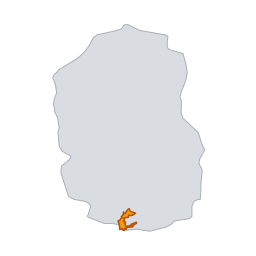 Debar, Debar, North Macedonia shown in context, rotated 278°
{"feature_id": "65306769B94389460478239", "entity_name": "Debar", "entity_type": "district", "adm_level": 2, "iso_a3": "MKD", "parent_name": "North Macedonia", "parent_adm1": "Debar", "projection": "orthographic", "projection_center": [20.543, 41.495], "detail": "fine", "context": "in_parent", "style": "filled", "palette": "amber", "viewbox_px": 256, "rotation_deg": 278, "n_neighbors": 0, "source": "geoboundaries", "source_scale": "gbopen_adm2", "svg_char_len": 2908}
<svg xmlns="http://www.w3.org/2000/svg" viewBox="0 0 256 256"><g transform="rotate(278 128 128)"><path d="M114.2,59.2L118.6,59.8L128.2,56.9L134.1,53.0L137.1,52.4L141.2,50.9L147.0,51.0L152.9,52.5L160.4,50.2L167.7,46.5L170.7,47.4L173.9,50.3L176.0,51.1L188.6,66.8L195.5,73.1L203.5,77.8L212.7,81.2L216.0,84.5L222.2,101.3L225.2,107.7L229.1,109.5L230.1,111.3L230.3,113.8L226.3,125.8L225.3,152.6L224.3,154.8L219.7,154.8L213.6,155.5L211.4,157.7L209.3,172.1L199.6,176.4L190.8,179.0L183.3,178.6L170.1,175.5L165.8,175.2L162.1,177.2L150.4,178.4L145.3,181.0L133.4,198.1L121.2,204.0L117.0,207.0L107.6,203.4L103.0,203.1L96.6,207.4L82.3,208.0L78.4,208.7L67.4,209.5L67.0,207.2L64.9,203.8L59.8,202.2L49.3,203.6L46.7,201.1L42.4,186.8L39.1,184.6L35.3,179.8L28.9,164.2L28.8,157.4L29.2,151.5L25.7,137.6L27.9,134.1L31.1,131.8L31.2,126.2L30.2,117.7L34.1,101.0L35.1,99.8L36.1,100.6L45.4,101.9L47.8,99.8L49.3,96.5L49.8,84.3L52.0,78.6L74.3,67.8L80.9,67.3L86.0,72.2L90.0,75.3L92.4,75.2L93.3,72.0L95.9,65.9L100.5,62.4L114.1,59.2L114.2,59.2Z" fill="#d9dde1" stroke="#a8b0b8" stroke-width="1"/><path d="M48.2,140.5L47.8,139.6L45.6,138.1L45.1,138.2L42.7,136.8L42.6,136.5L42.8,136.1L44.1,135.4L44.0,135.2L41.7,135.3L41.1,135.1L40.8,134.5L39.7,134.4L39.4,133.9L38.8,134.4L35.5,132.7L35.2,132.2L35.1,131.4L34.3,131.1L33.7,131.5L33.0,131.8L32.7,132.0L32.4,132.2L32.0,132.5L31.9,132.6L31.6,132.9L31.0,133.0L30.5,132.9L30.0,133.1L29.3,133.3L28.6,133.5L28.2,133.6L27.6,133.5L27.4,133.6L27.2,133.6L26.8,133.8L26.3,134.1L26.4,134.3L26.5,134.4L26.9,135.0L27.1,135.3L27.4,135.7L27.7,136.2L27.7,136.3L27.3,136.8L27.2,136.8L26.6,136.8L26.2,137.3L26.1,137.6L26.1,137.9L26.1,138.1L26.2,138.4L26.3,138.5L26.8,138.9L27.1,139.0L27.3,139.0L27.3,138.9L27.5,138.8L27.9,139.0L28.0,139.0L27.7,139.4L27.5,139.6L27.3,139.9L27.3,140.0L27.5,140.3L27.7,140.2L28.3,140.4L28.9,140.5L29.0,140.6L29.3,140.7L29.4,140.8L29.5,141.0L29.7,141.5L29.9,142.1L30.1,142.5L30.0,142.8L30.0,143.0L30.0,143.3L30.0,143.5L30.3,144.2L30.4,144.5L30.7,144.9L30.8,145.0L30.7,145.3L30.5,145.5L30.4,145.8L30.8,146.3L31.0,146.5L31.3,146.6L31.8,146.5L32.1,146.6L32.3,146.7L32.8,146.6L33.1,146.9L33.1,147.0L33.0,147.3L33.2,147.8L34.4,148.8L34.5,148.9L34.5,149.1L34.6,149.3L34.7,149.7L35.8,149.3L35.7,148.9L35.1,148.3L33.8,145.5L33.0,145.6L33.0,145.1L32.6,145.4L32.2,144.7L31.7,145.0L32.2,144.5L31.6,143.9L31.9,143.7L31.8,143.2L31.3,143.0L31.1,143.2L30.8,141.2L30.1,140.1L30.6,139.5L31.6,138.8L32.7,138.4L32.7,138.5L33.7,138.8L34.3,138.5L34.4,138.1L34.7,138.1L35.1,137.7L34.6,137.1L34.9,136.5L35.3,136.6L35.5,137.0L36.3,137.1L36.5,137.0L37.2,137.2L37.7,137.1L38.0,136.4L38.9,138.0L39.3,139.3L39.2,139.8L39.6,140.7L40.3,141.0L40.6,140.6L41.1,140.8L41.9,140.7L41.7,142.9L42.1,144.4L42.2,144.7L42.9,144.8L42.9,145.3L43.1,145.4L43.4,146.1L44.5,147.2L45.0,146.5L44.9,145.6L45.4,144.7L45.4,142.8L45.9,141.7L46.2,141.4L46.8,141.3L48.2,140.5Z" fill="#f59e0b" stroke="#b45309" stroke-width="1.5"/></g></svg>